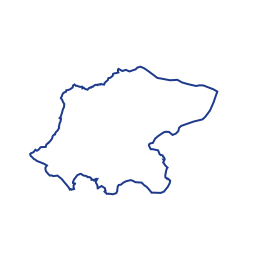 Kakata, Margibi, Liberia (Natural Earth projection), rotated 45°
{"feature_id": "62588387B63407074353739", "entity_name": "Kakata", "entity_type": "district", "adm_level": 2, "iso_a3": "LBR", "parent_name": "Liberia", "parent_adm1": "Margibi", "projection": "natural_earth1", "projection_center": [-10.265, 6.691], "detail": "fine", "context": "isolated", "style": "outline", "palette": "blue", "viewbox_px": 256, "rotation_deg": 45, "n_neighbors": 0, "source": "geoboundaries", "source_scale": "gbopen_adm2", "svg_char_len": 5494}
<svg xmlns="http://www.w3.org/2000/svg" viewBox="0 0 256 256"><g transform="rotate(45 128 128)"><path d="M159.5,189.5L159.5,189.4L161.8,187.3L164.1,185.6L165.7,182.6L165.5,181.7L165.2,180.6L162.6,177.3L162.3,176.9L161.7,174.9L163.1,173.0L163.3,170.1L164.3,167.0L164.4,166.7L164.8,166.2L166.7,163.0L168.9,161.8L171.4,161.2L173.6,159.3L176.2,157.0L180.1,157.0L182.9,156.4L184.2,156.5L186.1,156.6L186.8,156.6L189.9,157.0L190.4,157.1L191.2,156.3L192.8,154.7L197.1,150.7L197.2,150.3L197.5,149.7L198.4,147.6L197.7,141.3L196.4,137.3L195.3,135.8L195.3,135.7L195.0,135.4L194.3,135.5L194.1,135.5L193.8,135.5L192.7,135.5L192.3,135.5L192.0,135.6L190.9,136.0L190.6,136.2L190.7,136.3L190.3,136.3L190.2,136.3L189.8,136.4L189.7,136.4L189.4,136.5L187.8,135.1L187.0,133.9L186.7,133.4L186.5,133.0L186.2,132.8L186.1,132.6L185.4,131.6L185.1,131.0L185.0,130.8L184.8,130.5L184.1,129.1L184.0,128.4L184.0,128.1L183.4,128.1L182.3,128.1L181.6,128.1L181.4,128.1L181.1,128.1L180.9,128.1L177.5,127.5L177.3,127.5L176.7,125.7L175.5,125.4L176.3,124.8L176.1,124.2L174.6,123.4L174.2,123.3L173.8,123.5L173.2,123.5L171.8,122.9L171.3,123.2L170.2,124.0L169.8,124.0L169.6,124.0L168.9,124.2L168.3,123.9L167.3,123.5L165.4,122.6L165.1,122.5L161.6,124.8L161.1,125.1L160.0,125.9L159.1,126.9L157.1,126.3L155.0,125.5L154.8,125.2L154.4,124.2L154.6,123.6L154.7,123.3L154.8,122.8L156.1,121.1L155.5,118.8L155.3,118.3L154.9,116.9L154.7,116.0L154.7,115.4L154.9,114.8L154.9,113.9L155.0,112.6L155.0,112.4L155.0,112.2L155.2,111.4L155.9,107.8L156.1,107.1L156.4,105.6L157.4,103.9L157.5,103.9L159.2,102.3L159.7,101.8L164.4,101.4L165.8,98.2L165.8,96.5L165.8,94.7L164.0,91.7L164.1,89.0L167.3,82.3L167.7,81.5L168.1,80.7L168.2,80.4L170.0,76.8L171.4,74.5L174.6,69.2L174.7,67.3L174.7,65.1L173.6,57.6L170.3,49.2L169.3,47.2L168.9,46.4L165.4,39.1L164.9,39.2L160.9,40.3L158.9,41.2L158.2,41.5L155.3,42.8L151.2,44.6L149.4,46.3L148.5,47.1L146.5,50.1L144.9,51.1L138.7,55.0L134.6,57.2L133.7,57.7L131.4,58.3L128.9,59.0L124.7,63.7L124.0,64.5L116.2,69.8L115.6,70.2L115.5,70.3L113.5,71.8L110.7,72.2L109.1,72.4L102.3,73.4L98.9,74.0L97.0,74.4L95.0,75.2L93.4,75.9L92.2,78.1L91.9,78.5L91.9,80.9L91.9,81.3L91.7,81.6L89.0,87.0L87.1,87.7L86.9,87.8L85.4,88.4L83.7,91.7L79.6,92.9L79.6,93.1L79.5,93.7L80.8,95.0L81.6,95.6L81.7,95.8L81.8,95.8L80.9,97.4L79.5,99.4L79.2,100.4L79.4,100.6L79.7,101.0L80.2,101.8L80.3,101.9L79.9,105.2L78.9,106.5L79.0,106.9L79.4,107.6L79.8,108.2L79.8,108.4L79.8,108.9L79.7,109.6L79.7,110.3L79.7,110.5L79.7,111.8L79.6,112.5L80.4,114.3L79.3,115.1L79.0,115.3L78.9,115.4L77.9,115.9L77.7,116.0L77.5,116.5L77.6,117.0L77.0,117.2L76.8,117.7L76.0,118.7L76.2,119.2L75.4,119.6L74.4,120.6L74.3,121.3L73.9,122.9L74.0,123.8L73.4,124.3L73.1,125.0L73.2,125.5L72.9,125.5L72.2,127.4L72.3,129.5L71.8,129.8L71.4,130.0L71.2,130.1L70.0,130.7L69.8,130.8L68.1,130.8L67.7,132.2L66.3,131.3L65.2,132.6L65.0,132.9L63.7,133.5L62.8,133.9L62.4,134.1L62.2,134.1L61.4,135.0L59.4,135.1L59.3,136.0L59.2,136.6L59.1,136.8L59.9,138.0L60.2,138.5L60.1,138.8L59.8,140.8L59.7,141.4L58.9,143.3L57.7,145.0L58.5,146.2L58.3,146.6L58.2,146.7L57.9,147.9L57.8,148.2L57.7,148.2L57.7,148.6L57.6,149.9L57.8,150.3L58.2,151.2L58.7,152.1L58.8,152.3L58.8,152.5L58.9,152.8L59.2,154.0L59.3,154.3L59.7,154.4L61.3,154.6L61.7,154.7L63.0,155.3L63.8,155.6L64.2,155.7L66.0,156.1L66.5,156.8L66.8,157.0L67.2,157.6L68.0,158.5L68.4,159.8L68.5,160.3L70.0,163.0L70.2,163.3L70.9,164.5L71.3,165.4L71.4,165.6L72.4,167.4L72.6,169.2L73.1,169.0L73.9,168.6L74.4,169.2L74.5,169.8L75.0,170.2L75.3,170.4L76.3,172.8L76.7,173.7L77.4,174.5L77.8,175.1L77.9,175.7L78.3,176.1L79.0,176.4L79.2,176.6L79.2,176.8L79.4,177.3L79.7,178.3L80.0,179.6L79.9,181.7L80.2,182.8L80.5,183.3L80.9,184.0L80.5,184.2L80.5,185.1L80.4,186.4L80.4,186.6L80.5,186.8L80.6,187.2L81.7,189.0L82.1,191.1L82.2,192.0L82.2,192.5L82.2,193.6L82.3,193.7L82.3,194.6L82.1,194.7L82.1,195.2L82.3,195.3L82.1,196.1L82.1,196.3L82.0,196.8L82.0,197.5L82.3,198.0L83.0,199.1L83.2,199.5L82.8,200.0L81.7,201.2L81.4,201.5L79.8,203.4L80.1,206.5L79.8,208.1L79.6,208.5L79.3,208.6L78.8,208.7L78.5,208.8L77.9,208.9L78.3,211.8L77.2,214.7L77.2,215.6L78.7,216.5L81.1,216.4L83.2,216.5L84.6,216.0L86.3,215.8L87.0,215.7L89.2,214.7L94.1,212.6L95.5,212.3L97.2,211.8L97.6,214.3L98.5,215.3L98.8,215.5L100.4,216.5L101.6,216.7L103.8,216.9L106.4,216.9L107.5,215.5L109.0,215.0L110.6,213.1L111.2,212.3L111.8,211.5L115.9,211.1L117.0,210.9L121.6,211.4L125.6,211.7L128.1,212.0L130.3,212.6L130.3,212.3L130.4,211.9L130.5,211.8L130.9,211.6L131.6,211.7L131.9,210.9L132.2,210.5L132.8,209.8L133.0,209.1L131.3,208.4L130.6,207.6L130.1,207.1L130.0,206.7L129.9,206.2L130.1,205.3L129.9,204.9L129.8,204.7L129.2,204.9L128.7,205.5L128.1,205.8L127.3,205.1L126.4,203.0L126.3,202.8L125.8,199.1L125.6,197.5L125.6,197.4L125.6,196.9L126.7,194.2L127.1,193.8L127.9,193.6L128.3,193.4L128.8,193.4L130.1,193.1L131.6,192.0L131.9,191.8L132.8,191.3L133.8,191.4L134.4,191.2L135.1,190.2L135.5,190.0L135.8,189.8L136.5,189.7L136.9,189.7L137.5,189.6L138.0,189.6L138.6,190.3L138.8,190.5L139.5,189.8L140.4,188.8L141.0,189.1L141.1,188.9L141.4,188.3L141.2,187.5L141.4,186.4L141.7,186.1L142.3,186.4L142.4,186.6L142.5,186.4L142.7,187.2L143.0,188.1L143.0,188.5L143.1,188.9L144.4,189.5L146.0,189.9L146.6,190.1L146.8,190.2L147.5,190.7L148.3,191.4L148.9,191.9L149.2,192.1L149.4,191.9L149.5,191.8L149.4,190.7L149.9,189.7L150.0,189.0L150.3,187.7L150.9,187.6L151.9,187.4L153.2,187.1L154.0,187.0L154.3,186.9L155.4,187.8L156.3,188.0L156.6,188.2L156.4,189.0L156.4,189.6L158.5,189.5L158.9,189.5L159.5,189.5Z" fill="none" stroke="#1e3a8a" stroke-width="2"/></g></svg>